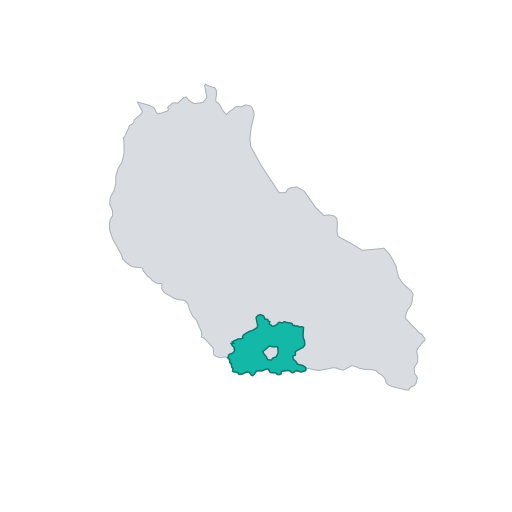 Békés highlighted on a map of Hungary, rotated 60°
{"feature_id": "HUN-3171", "entity_name": "Békés", "entity_type": "County", "adm_level": 1, "iso_a3": "HUN", "parent_name": "Hungary", "parent_adm1": "", "projection": "mercator", "projection_center": [21.079, 46.734], "detail": "fine", "context": "in_parent", "style": "filled", "palette": "teal", "viewbox_px": 512, "rotation_deg": 60, "n_neighbors": 0, "source": "natural_earth", "source_scale": "10m", "svg_char_len": 4849}
<svg xmlns="http://www.w3.org/2000/svg" viewBox="0 0 512 512"><g transform="rotate(60 256 256)"><path d="M406.3,151.7L411.7,151.0L411.9,151.1L413.2,151.6L414.1,155.5L414.3,155.8L415.6,158.4L416.8,161.9L418.7,164.5L422.9,165.6L428.4,168.8L431.9,174.9L437.2,177.4L437.6,177.5L438.7,177.2L442.5,177.0L443.2,178.2L446.3,181.1L447.5,183.8L446.9,186.5L447.4,189.6L448.6,190.7L447.2,192.8L437.3,203.3L433.4,206.1L430.8,206.6L426.7,205.5L422.5,206.4L418.8,208.6L415.3,209.3L412.7,212.0L409.3,217.6L405.2,222.4L401.0,225.4L398.8,228.1L398.6,237.2L396.2,239.9L393.1,242.5L391.4,244.9L386.6,258.8L383.0,263.3L379.6,266.7L379.0,269.8L379.1,273.3L375.2,280.4L370.1,287.8L369.1,290.8L370.3,294.9L365.4,299.5L362.6,301.8L360.2,302.9L358.8,305.8L356.4,312.9L357.0,316.1L357.1,319.0L352.9,320.7L351.7,323.9L350.7,327.9L348.9,329.7L344.3,333.0L332.8,331.5L328.4,332.6L327.1,335.0L326.9,336.9L325.4,338.7L322.8,340.9L320.1,341.9L314.1,339.1L301.2,341.9L299.0,343.9L297.2,342.5L294.4,341.2L281.5,339.6L276.4,340.9L269.6,340.4L263.3,339.0L258.6,340.1L254.4,345.7L252.4,347.5L250.8,348.7L247.2,350.5L244.3,352.6L240.3,354.1L236.8,353.9L233.4,351.5L232.2,352.0L231.2,354.2L229.4,356.1L224.4,358.4L223.1,358.4L222.8,358.4L219.0,360.1L212.7,361.0L209.5,360.4L203.7,368.1L202.0,369.5L196.5,371.8L192.0,373.0L188.2,372.0L186.7,371.9L169.6,371.6L160.7,369.9L155.0,366.9L151.2,363.6L149.4,359.9L144.9,357.6L138.0,356.8L132.5,353.1L128.6,346.5L123.4,341.3L116.8,337.5L111.5,332.0L107.6,325.0L100.6,318.6L90.5,313.0L87.4,311.8L86.8,309.9L81.9,302.9L79.8,300.3L79.9,296.8L79.0,294.8L77.2,293.4L76.2,288.4L75.6,284.6L74.2,282.2L63.4,281.7L72.5,272.7L77.0,270.1L82.2,270.6L83.9,269.8L84.3,268.4L85.2,265.5L85.6,262.7L86.1,260.1L85.5,258.6L83.0,258.2L81.8,251.7L83.1,249.2L84.4,247.5L82.8,239.6L83.3,236.9L87.3,236.5L90.7,234.8L93.5,232.9L94.3,230.5L96.5,225.5L94.4,219.3L82.7,215.3L82.0,213.8L84.8,212.1L87.7,209.6L89.4,207.7L91.7,207.4L94.9,208.4L100.6,212.8L102.7,213.4L104.8,212.2L107.1,211.9L113.4,212.0L118.7,211.0L117.5,206.3L117.5,202.8L116.6,200.1L117.2,197.0L119.3,194.7L120.0,189.3L123.3,185.8L124.8,185.2L130.6,185.9L132.0,186.8L132.9,187.0L142.2,195.8L151.0,202.4L158.2,205.7L168.7,206.0L180.0,206.3L198.7,205.1L212.8,204.3L213.7,202.7L215.9,198.7L214.2,195.4L214.3,191.4L216.6,186.2L223.6,181.9L243.5,180.1L255.0,176.9L256.7,172.5L260.5,168.2L264.0,167.3L268.7,169.3L274.5,173.1L279.5,175.1L282.4,173.8L292.6,167.4L304.2,161.1L312.2,144.0L313.1,141.3L321.8,139.4L334.5,139.7L341.0,141.9L345.9,143.1L353.2,142.7L363.8,139.0L367.7,139.1L370.7,141.7L374.0,144.0L376.3,146.7L378.0,150.6L378.9,152.1L380.3,154.0L383.0,156.8L385.6,157.5L405.1,152.8L406.3,151.7Z" fill="#d9dde1" stroke="#a8b0b8" stroke-width="1"/><path d="M366.1,298.7L365.7,299.8L364.5,301.3L363.3,302.0L361.2,301.8L360.0,302.1L359.1,303.2L358.8,304.7L358.6,307.9L357.9,309.4L356.9,310.7L356.1,312.0L356.0,313.7L357.6,316.8L358.0,318.6L356.7,319.7L354.3,319.8L353.1,320.2L352.2,321.3L351.6,323.1L351.4,326.7L350.9,328.3L350.2,329.6L349.7,330.0L348.0,330.0L347.7,330.2L345.0,333.5L343.9,333.9L342.8,332.9L342.4,332.4L342.0,332.2L341.5,332.2L341.0,332.4L339.9,332.5L337.7,331.5L336.7,331.3L336.3,331.5L335.5,331.9L334.9,332.0L334.5,331.7L333.5,330.9L332.9,330.6L331.8,330.6L330.6,330.9L330.0,331.2L329.9,331.2L329.3,330.2L328.2,329.4L327.8,328.1L328.3,326.1L328.4,324.2L327.7,322.6L326.7,321.4L325.6,321.5L325.1,320.5L322.1,321.3L319.3,321.3L320.3,319.0L318.5,319.5L318.5,316.0L319.1,315.0L318.7,313.3L319.9,311.2L320.7,308.6L319.0,307.8L318.1,306.2L317.9,300.0L318.7,296.1L318.6,290.8L316.7,289.1L313.9,288.3L309.3,286.7L308.4,283.9L309.0,281.5L311.3,279.6L313.3,279.4L315.2,279.8L316.8,277.6L318.4,278.0L319.7,276.9L320.6,277.5L321.3,278.5L322.4,278.2L323.5,277.4L324.4,277.3L325.3,276.7L325.9,274.2L325.6,271.5L325.1,270.4L325.0,269.1L327.2,266.5L327.2,265.4L326.9,264.9L327.5,263.8L328.5,263.2L331.9,258.9L333.0,258.5L334.2,258.9L334.9,258.4L335.4,257.3L336.3,257.0L336.9,256.0L337.3,254.9L338.7,254.3L339.4,253.5L339.8,252.3L340.6,251.2L341.7,250.6L348.7,255.2L351.2,256.1L353.7,256.4L357.4,258.2L358.6,260.6L358.5,266.6L358.4,269.0L359.1,270.3L360.5,270.7L361.6,271.8L361.1,273.8L362.1,274.8L364.0,275.2L368.0,274.1L370.4,274.2L374.2,270.2L376.7,269.0L378.0,268.7L378.2,269.1L378.7,269.4L379.2,269.5L379.6,269.8L380.1,270.8L379.9,271.0L378.9,275.1L378.4,275.7L375.8,277.8L375.5,277.9L375.5,278.1L375.4,279.1L375.4,280.1L375.6,281.0L375.6,281.9L375.2,283.0L374.6,283.5L372.5,284.0L371.3,285.1L370.6,286.5L369.4,289.8L369.1,290.2L368.9,290.7L368.8,291.2L368.8,291.7L368.9,291.9L369.0,292.1L369.2,292.3L370.7,293.3L370.5,294.9L369.5,296.5L368.4,297.1L366.8,297.4L366.2,298.4L366.1,298.7ZM351.6,297.7L353.8,294.9L352.8,292.2L353.5,288.9L350.9,285.2L345.4,282.6L343.1,286.8L340.6,289.5L341.5,293.7L342.2,298.1L345.3,298.0L348.0,297.5L351.6,297.7Z" fill="#14b8a6" stroke="#0f766e" stroke-width="1.5"/></g></svg>